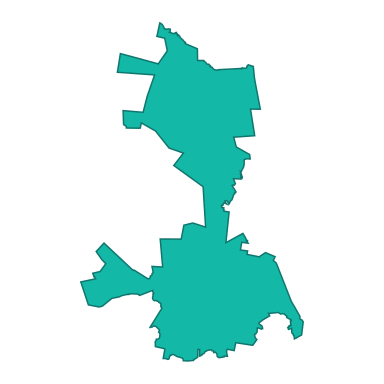 outline of Villa Hidalgo, San Luis Potosí, Mexico
{"feature_id": "50627088B95617722070364", "entity_name": "Villa Hidalgo", "entity_type": "district", "adm_level": 2, "iso_a3": "MEX", "parent_name": "Mexico", "parent_adm1": "San Luis Potosí", "projection": "orthographic", "projection_center": [-100.656, 22.682], "detail": "fine", "context": "isolated", "style": "filled", "palette": "teal", "viewbox_px": 384, "rotation_deg": 0, "n_neighbors": 0, "source": "geoboundaries", "source_scale": "gbopen_adm2", "svg_char_len": 5952}
<svg xmlns="http://www.w3.org/2000/svg" viewBox="0 0 384 384"><path d="M92.9,273.1L92.8,273.7L93.5,274.9L93.8,276.7L94.5,276.6L95.6,278.8L80.8,281.9L88.4,304.9L99.1,307.0L102.4,306.1L112.0,298.3L119.1,296.9L120.7,296.2L121.9,295.6L123.4,295.3L124.4,295.0L126.1,294.7L126.6,294.3L127.1,294.3L127.8,294.6L128.0,294.3L129.3,294.3L129.3,294.0L129.7,294.0L129.9,293.8L137.6,294.0L139.6,295.4L152.6,290.4L152.8,292.0L153.7,292.8L153.7,293.6L152.8,294.2L153.1,295.3L153.0,296.0L152.5,297.9L152.8,298.9L153.4,300.1L154.5,300.7L156.2,300.5L157.1,301.1L157.6,301.1L157.9,301.5L158.8,301.9L158.9,302.5L159.6,302.9L160.1,302.8L160.8,303.6L160.9,304.3L160.9,304.9L161.1,305.4L160.7,306.0L161.3,307.5L161.8,307.7L161.8,308.4L149.6,328.1L150.1,327.5L150.7,327.1L152.0,327.1L153.2,326.3L154.3,326.0L155.6,326.3L156.1,326.6L159.5,330.0L158.6,332.3L159.7,333.2L160.0,334.2L159.9,334.5L159.7,337.4L159.3,338.0L158.2,339.0L156.2,339.3L156.3,340.2L155.2,341.8L155.4,346.6L164.9,348.8L163.2,358.5L165.8,358.6L166.7,358.8L167.3,359.3L168.4,359.3L169.0,358.8L169.4,357.6L169.3,357.2L169.5,356.7L169.8,356.5L170.1,355.7L170.1,355.2L170.5,355.1L170.8,355.3L171.2,355.2L172.3,354.7L172.3,354.4L173.8,354.6L176.9,356.5L181.7,357.9L182.3,358.2L183.0,358.8L183.3,360.8L186.7,360.8L186.8,361.0L191.0,360.7L193.0,360.4L193.5,360.5L194.0,359.5L194.6,359.7L194.3,359.4L197.6,357.3L197.9,349.4L199.7,349.5L199.5,356.2L199.9,356.2L200.2,355.7L200.9,355.6L201.0,355.4L201.2,355.1L201.5,355.0L201.7,354.7L202.0,354.7L202.1,354.4L202.3,354.6L202.5,354.2L203.4,353.6L203.8,353.6L204.6,352.7L204.8,352.0L205.3,351.5L205.5,351.5L206.0,351.3L206.9,350.7L207.8,350.4L208.4,350.1L209.4,350.2L210.4,349.8L210.9,349.8L211.7,350.0L212.0,350.8L213.4,350.9L213.7,352.6L215.6,352.1L216.7,353.8L217.1,354.7L217.2,356.5L219.0,357.7L224.1,356.9L224.3,356.0L227.4,356.3L226.6,352.2L226.8,349.7L227.5,349.3L234.2,350.6L235.7,342.7L252.8,345.3L256.9,339.5L255.6,338.3L255.4,337.9L255.1,337.5L254.9,337.1L255.0,336.8L254.5,334.4L255.9,333.8L256.0,333.4L256.9,332.3L257.2,331.3L257.2,329.7L257.1,329.1L257.3,328.7L257.2,328.6L257.6,327.7L261.6,329.2L261.8,329.0L262.3,328.2L262.6,328.3L262.4,327.2L262.1,326.8L262.1,326.2L261.8,325.8L261.6,325.7L261.3,325.4L259.4,324.2L258.9,323.5L259.1,323.2L259.1,322.6L259.4,322.3L260.4,321.9L262.7,320.0L264.2,319.1L265.1,318.4L266.0,318.1L267.1,317.3L269.7,315.9L268.5,313.4L275.4,312.8L277.7,312.5L279.2,313.0L280.6,314.0L282.0,313.8L282.8,313.6L283.5,313.9L284.2,313.9L284.9,314.6L285.2,315.0L286.0,315.4L285.9,315.5L286.7,316.2L286.9,316.5L286.7,317.5L291.2,319.9L291.3,320.5L290.4,320.8L290.9,325.6L289.8,325.4L289.5,325.7L289.5,325.9L288.9,326.1L288.6,326.2L288.8,327.2L287.8,327.5L288.5,329.4L291.7,328.4L291.8,332.9L293.4,334.4L293.4,335.3L294.0,335.6L294.4,338.9L295.7,338.2L296.2,338.1L296.2,337.9L301.6,335.0L303.2,321.9L302.2,320.2L299.9,318.9L299.8,318.7L300.0,316.5L294.0,305.9L291.4,301.6L276.3,263.1L273.3,260.4L275.1,256.7L265.5,252.6L260.0,256.2L259.6,256.9L247.0,254.4L247.6,250.9L240.4,250.0L241.8,242.3L248.1,243.2L247.2,241.7L246.6,241.2L247.3,241.1L247.6,240.8L247.6,240.7L246.5,240.0L245.4,237.6L242.9,233.4L225.9,242.7L229.1,212.0L224.0,211.2L224.0,209.9L223.6,209.9L223.7,208.9L223.6,209.0L223.6,207.8L222.0,207.6L221.8,206.5L221.5,206.6L221.5,205.2L223.0,205.1L223.0,204.6L223.9,202.9L225.5,203.3L225.8,203.6L226.7,204.0L226.0,203.0L225.3,202.7L225.3,202.1L224.9,201.0L227.0,200.7L227.4,201.1L227.6,201.7L228.6,203.5L228.9,204.1L229.0,204.0L229.4,203.5L230.1,201.4L230.3,201.4L230.4,201.1L231.0,200.6L231.4,200.4L231.9,199.8L232.4,198.4L232.8,197.7L232.9,196.9L233.5,195.0L234.3,194.0L234.8,193.8L234.9,193.4L234.6,192.8L236.0,192.0L232.1,185.5L232.8,185.1L234.3,185.1L235.4,183.7L233.5,178.7L241.5,179.0L241.6,178.8L241.7,178.6L241.5,178.1L241.0,178.2L240.8,177.7L242.1,178.0L242.3,177.0L242.0,176.2L241.2,176.1L241.1,176.3L240.8,175.4L241.2,175.4L241.6,175.0L240.8,173.6L240.4,173.8L240.3,173.7L241.1,173.0L240.9,172.0L240.4,171.3L241.2,171.4L241.6,171.1L241.9,169.9L242.7,168.8L243.6,166.9L244.1,164.6L244.2,159.6L244.7,159.5L245.9,159.0L247.1,158.8L248.8,158.8L249.1,159.0L249.3,158.9L249.4,159.0L249.6,158.9L250.2,158.9L249.6,154.5L236.3,147.0L233.7,137.2L254.7,135.7L250.5,109.1L260.3,109.2L255.1,81.8L254.4,77.6L253.3,66.4L248.2,64.8L246.8,66.5L246.6,67.8L245.6,68.3L244.7,68.3L244.4,68.1L243.1,68.2L242.5,68.5L242.0,68.5L242.0,68.2L241.3,68.8L241.0,68.3L240.7,68.5L218.0,69.7L217.7,70.2L217.1,70.3L216.7,70.1L214.5,69.7L213.5,69.1L212.0,67.2L211.7,67.1L210.8,67.1L210.7,66.8L210.2,66.7L210.3,66.3L210.0,66.0L210.3,65.7L210.1,65.5L209.8,65.7L209.7,65.4L209.2,64.8L208.8,64.7L208.7,64.2L207.1,64.2L205.5,62.2L204.8,61.8L203.9,60.9L203.8,60.5L197.6,60.5L197.4,48.8L185.2,43.6L185.3,43.2L185.0,42.5L185.3,42.3L183.2,40.7L182.9,39.9L180.6,38.0L180.4,37.6L180.1,37.6L179.8,36.5L179.8,36.3L179.4,35.9L179.1,35.9L179.0,35.7L178.7,35.4L178.6,35.0L178.3,34.9L177.8,35.0L177.7,35.2L177.6,34.8L177.1,34.7L177.2,34.4L176.8,33.9L177.1,33.7L176.9,33.4L176.2,33.0L176.3,32.5L175.6,32.6L175.2,33.0L175.1,33.4L174.5,33.3L174.4,33.6L174.2,33.7L173.9,33.6L173.1,33.4L172.6,33.6L172.3,33.3L171.9,33.3L170.9,32.5L169.4,32.3L169.8,31.8L170.0,31.7L170.2,31.1L170.1,30.4L170.3,30.0L170.2,29.6L170.3,29.2L168.2,28.8L165.9,29.4L165.3,28.9L164.8,29.1L164.0,27.8L163.3,26.1L162.3,24.7L161.3,23.7L159.8,23.0L156.9,36.4L164.7,38.2L167.3,50.8L158.7,63.2L158.5,63.9L120.4,53.6L117.4,72.3L154.6,74.9L147.1,96.6L143.1,112.3L123.1,110.6L123.6,124.6L126.3,126.3L126.3,128.0L138.8,128.2L138.9,128.3L139.3,128.2L139.5,127.9L139.8,127.8L140.3,128.0L141.3,122.9L155.5,131.0L169.1,148.1L183.4,153.1L173.8,165.5L203.1,186.7L205.6,227.1L192.8,223.0L183.9,225.2L181.2,239.1L160.2,239.0L162.6,266.3L162.5,267.0L152.0,266.4L153.2,272.5L152.1,273.5L151.9,275.0L151.6,275.5L150.4,276.0L150.2,277.6L149.2,278.6L147.9,278.8L133.9,270.0L133.1,270.4L104.0,243.1L96.2,251.5L101.9,259.7L105.8,263.7L100.1,271.5L93.5,273.1L92.9,273.1Z" fill="#14b8a6" stroke="#0f766e" stroke-width="1.5"/></svg>